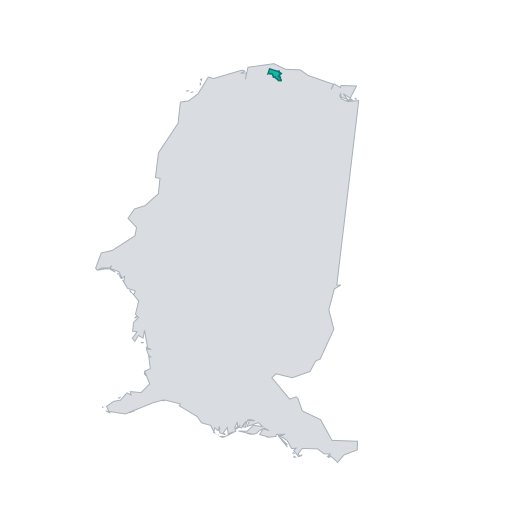 location of Trinity, California, United States of America, rotated 106°
{"feature_id": "52423323B42866910888908", "entity_name": "Trinity", "entity_type": "district", "adm_level": 2, "iso_a3": "USA", "parent_name": "United States of America", "parent_adm1": "California", "projection": "orthographic", "projection_center": [-122.97, 40.671], "detail": "fine", "context": "in_parent", "style": "filled", "palette": "teal", "viewbox_px": 512, "rotation_deg": 106, "n_neighbors": 0, "source": "geoboundaries", "source_scale": "gbopen_adm2", "svg_char_len": 5750}
<svg xmlns="http://www.w3.org/2000/svg" viewBox="0 0 512 512"><g transform="rotate(106 256 256)"><path d="M395.5,148.8L412.3,132.2L406.1,107.4L414.4,105.2L422.9,116.5L431.9,120.7L427.6,129.3L428.7,131.8L425.9,130.0L427.4,136.1L424.4,143.7L428.3,158.5L434.5,161.0L436.2,158.7L434.2,156.9L435.5,157.4L437.2,159.7L432.4,166.3L429.7,164.5L431.3,168.7L424.8,175.2L422.1,184.1L421.1,181.0L419.6,179.6L421.8,187.2L424.0,187.2L426.5,193.2L426.6,203.2L420.2,201.6L420.2,195.3L419.1,200.5L422.9,204.7L426.1,206.4L428.1,209.4L429.1,224.6L426.9,216.2L419.5,211.9L418.2,202.8L415.5,207.7L422.4,217.6L417.0,216.9L415.8,218.1L415.3,213.9L414.7,212.9L414.8,216.5L415.8,218.8L423.8,219.1L423.5,222.0L419.0,219.9L417.6,219.9L423.2,222.3L425.1,222.2L425.6,225.6L422.8,224.6L427.6,226.9L427.2,228.0L424.8,226.8L420.7,228.2L427.1,229.2L429.9,227.1L437.6,235.3L431.3,229.2L434.6,233.7L428.7,236.3L435.0,238.7L436.2,236.0L435.9,242.2L430.0,244.1L434.3,244.3L432.6,248.5L436.6,248.0L431.3,253.0L431.4,262.4L426.6,268.1L421.1,288.5L419.0,287.8L419.5,302.9L420.3,306.2L425.7,314.8L443.9,338.1L445.9,354.7L441.7,358.2L434.9,352.7L431.9,346.5L423.1,342.3L424.1,337.7L421.0,339.5L419.0,328.9L408.2,322.9L397.4,331.3L393.4,326.5L381.6,331.6L382.4,328.7L381.0,331.9L375.9,335.5L374.5,331.0L374.6,334.6L358.2,342.7L366.0,341.9L364.8,347.1L371.4,348.9L369.2,352.2L361.6,349.4L362.4,353.8L353.6,355.4L347.4,351.9L345.2,355.8L331.6,356.3L325.7,364.8L327.2,362.6L322.8,362.4L322.5,370.5L315.7,377.8L317.3,375.8L311.9,376.7L314.3,378.7L308.8,383.7L308.2,392.6L305.1,392.2L308.0,393.6L310.0,401.0L313.4,404.7L311.9,406.8L295.7,405.6L290.2,395.6L269.9,377.9L261.5,378.7L255.1,389.4L244.3,385.8L238.1,376.5L223.0,367.0L207.8,369.7L208.4,374.3L183.6,378.2L149.9,367.5L128.9,371.1L125.4,363.4L116.0,356.4L97.2,351.2L97.0,345.5L81.0,320.4L81.4,317.7L84.6,321.0L82.5,315.5L89.1,314.9L76.8,315.7L66.2,291.8L68.4,279.1L64.9,264.8L68.1,255.6L69.6,229.0L75.2,229.7L69.0,228.4L70.8,221.2L68.7,221.3L64.9,206.3L78.4,209.0L75.9,216.8L80.2,211.3L79.9,217.8L76.7,219.4L79.0,219.7L81.5,217.0L82.2,210.3L78.3,200.1L261.8,170.3L260.5,166.5L266.1,171.6L287.6,171.2L305.0,161.0L337.3,165.9L340.5,169.7L352.1,172.2L363.0,187.5L363.7,204.3L368.6,207.2L384.3,184.2L380.3,178.5L381.5,176.3L392.2,168.8L395.5,148.8ZM428.5,176.2L431.1,173.1L422.4,185.3L428.8,173.8L428.5,176.2ZM79.5,206.4L81.3,210.6L81.2,211.2L78.7,208.1L79.5,206.4ZM312.9,403.5L309.6,397.5L308.9,393.8L310.0,397.6L312.9,403.5ZM428.6,129.2L429.8,131.0L429.1,131.0L428.6,129.2ZM348.0,353.8L348.8,355.2L347.1,354.5L348.0,353.8ZM104.7,357.4L106.7,356.4L106.9,356.7L104.7,357.4ZM102.4,356.9L101.6,358.0L100.8,357.0L102.4,356.9ZM435.3,164.4L435.2,166.2L434.8,166.1L435.3,164.4ZM309.3,390.0L308.8,393.3L310.3,386.7L309.3,390.0ZM438.3,330.2L441.8,334.8L437.9,329.8L438.3,330.2ZM115.8,362.0L116.9,363.7L115.7,362.2L115.8,362.0ZM446.9,355.1L446.0,357.7L447.1,352.6L446.9,355.1ZM439.6,238.4L439.4,241.4L438.0,235.6L439.6,238.4ZM77.6,203.0L77.6,204.2L76.8,203.6L77.6,203.0ZM314.6,379.8L312.1,382.1L314.6,379.4L314.6,379.8ZM438.4,162.6L439.1,163.9L438.1,164.3L438.4,162.6ZM116.0,366.7L116.8,368.7L115.7,366.9L116.0,366.7ZM311.6,383.4L310.6,384.6L311.4,383.1L311.6,383.4ZM428.8,212.0L428.9,215.8L428.4,210.8L428.8,212.0ZM325.2,366.5L323.6,368.2L325.7,365.3L325.2,366.5ZM420.4,304.2L420.9,306.7L420.2,305.2L420.4,304.2ZM437.3,248.0L437.0,248.8L437.6,246.1L437.3,248.0ZM401.5,328.7L399.9,330.9L399.0,331.0L401.5,328.7ZM375.0,335.4L374.8,336.0L373.6,336.4L375.0,335.4ZM429.9,347.9L430.7,349.4L429.4,347.7L429.9,347.9ZM370.8,341.1L370.9,342.8L370.0,340.1L370.8,341.1ZM443.8,361.5L442.8,362.3L444.1,361.0L443.8,361.5ZM426.8,194.4L426.9,196.2L426.6,193.7L426.8,194.4ZM438.5,242.6L438.2,243.5L438.5,242.6Z" fill="#d9dde1" stroke="#a8b0b8" stroke-width="1"/><path d="M76.3,291.5L76.3,291.4L76.3,291.1L76.3,290.9L76.5,290.8L76.5,290.7L76.7,290.4L76.8,290.4L76.8,290.2L77.0,290.1L77.3,290.0L77.3,289.9L77.5,289.8L77.7,289.6L77.8,289.5L77.8,289.4L78.0,289.4L78.0,289.2L78.3,289.1L78.5,289.0L78.6,288.9L78.6,288.7L78.8,288.6L79.0,288.5L79.3,288.5L79.3,288.4L79.2,288.3L79.2,288.2L79.1,287.9L78.9,287.8L79.0,287.7L78.9,287.5L78.9,287.4L78.8,287.2L79.0,287.2L79.1,286.9L79.1,286.7L79.3,286.5L79.3,286.4L79.5,286.3L79.5,286.2L79.6,285.9L79.5,285.7L79.7,285.4L79.8,285.4L79.9,285.2L80.0,285.1L80.0,284.9L79.9,284.8L80.0,284.7L80.0,284.4L80.0,284.2L80.3,284.1L80.4,283.9L80.5,283.9L80.6,283.7L80.6,283.3L80.6,283.1L80.9,283.0L81.1,282.9L81.2,282.7L81.2,282.3L81.0,282.2L80.9,282.1L80.7,281.8L80.7,281.5L80.7,281.3L80.7,281.0L80.8,280.8L80.8,280.7L80.7,280.3L80.4,280.1L80.1,280.2L80.1,280.3L80.0,280.5L79.9,280.5L79.6,280.6L79.6,280.8L79.3,281.0L79.2,281.0L79.0,281.3L78.9,281.4L78.6,281.5L78.4,281.8L78.2,281.8L77.9,281.8L77.7,281.8L77.4,282.0L77.2,282.0L77.2,282.3L77.2,282.5L77.1,282.9L77.1,283.0L77.3,283.2L77.4,283.3L77.5,283.5L77.6,283.9L77.5,284.0L77.4,284.0L77.2,284.0L77.1,283.8L76.8,283.8L76.7,283.9L76.5,283.7L76.4,283.5L76.3,283.4L76.1,283.3L76.0,283.2L75.8,283.1L75.6,283.2L75.3,283.1L75.1,283.2L74.9,283.1L74.7,282.8L74.6,282.6L74.2,282.4L74.0,282.2L73.9,282.3L73.7,282.3L73.6,282.1L73.4,282.4L73.4,282.6L73.4,282.8L73.2,283.0L73.4,283.3L73.5,283.4L73.5,283.5L73.5,283.8L73.4,283.9L73.4,284.0L73.3,284.3L73.2,284.4L73.3,284.5L73.2,284.6L73.0,284.8L72.9,284.8L72.7,284.7L72.4,284.5L72.2,284.7L71.9,284.7L71.9,284.9L72.0,284.9L72.0,285.1L72.2,285.3L72.3,285.6L72.3,285.8L72.4,286.0L72.4,286.3L72.4,286.5L72.5,286.7L72.5,287.2L72.5,287.8L72.5,288.2L72.5,288.8L72.5,289.7L72.5,290.5L72.5,291.6L72.4,292.4L72.4,293.1L72.4,293.7L72.4,294.1L72.4,294.5L77.4,294.7L77.2,294.5L77.2,294.3L77.2,294.2L77.2,293.9L77.0,293.7L77.1,293.4L77.0,293.1L76.9,293.0L77.0,292.7L77.0,292.2L76.7,291.7L76.4,291.7L76.3,291.5Z" fill="#14b8a6" stroke="#0f766e" stroke-width="1.5"/></g></svg>